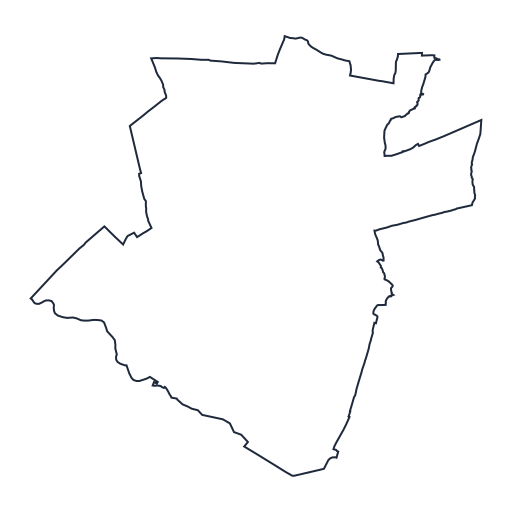 Buhusi, Neamt, Romania
{"feature_id": "2599482B92541433330507", "entity_name": "Buhusi", "entity_type": "district", "adm_level": 2, "iso_a3": "ROU", "parent_name": "Romania", "parent_adm1": "Neamt", "projection": "natural_earth1", "projection_center": [26.718, 46.731], "detail": "fine", "context": "isolated", "style": "outline", "palette": "slate", "viewbox_px": 512, "rotation_deg": 0, "n_neighbors": 0, "source": "geoboundaries", "source_scale": "gbopen_adm2", "svg_char_len": 5965}
<svg xmlns="http://www.w3.org/2000/svg" viewBox="0 0 512 512"><path d="M336.5,457.7L338.2,451.6L337.0,451.0L336.0,449.9L333.5,449.2L334.3,446.5L336.3,442.5L343.3,430.1L346.1,424.5L349.5,417.0L348.5,416.5L349.0,415.3L350.3,411.3L349.9,411.1L351.4,406.3L353.8,397.9L354.4,396.4L355.1,395.6L356.0,391.8L356.4,389.4L359.1,380.2L361.4,372.7L362.3,369.2L364.4,363.2L365.1,360.4L365.8,358.6L368.0,351.2L368.9,347.9L369.4,345.0L369.6,344.0L370.8,340.5L371.0,339.2L372.9,332.8L372.6,331.0L372.9,329.0L374.4,322.8L375.9,323.3L377.5,317.0L377.4,316.4L377.0,315.9L375.1,314.7L374.2,314.4L373.6,314.0L373.3,313.2L373.4,312.0L373.7,310.8L374.2,309.6L375.3,307.9L377.1,305.5L377.8,305.1L378.9,305.0L379.6,305.1L385.7,304.9L385.7,303.1L385.9,302.4L385.7,301.5L386.1,300.2L387.5,297.9L388.5,297.1L388.6,296.6L388.8,296.5L389.0,296.7L389.6,296.2L390.5,295.9L390.6,296.4L391.1,296.4L392.1,295.3L393.3,294.9L391.8,293.9L391.6,293.4L391.8,292.4L391.4,291.9L391.0,289.5L391.0,288.4L391.3,287.8L392.6,286.4L392.7,285.6L392.2,284.7L388.6,281.3L387.1,280.4L386.0,280.0L385.5,279.6L384.6,279.4L384.4,278.8L384.9,277.3L384.9,276.1L384.5,274.8L384.4,273.9L384.1,273.2L383.7,272.9L383.1,272.1L382.6,270.1L381.6,267.9L380.8,267.5L380.8,266.7L380.9,265.9L378.4,262.2L377.2,261.4L378.5,260.3L379.9,259.7L380.7,259.6L381.6,259.9L382.9,260.7L383.6,260.5L383.5,257.3L382.9,255.5L382.5,253.1L381.9,252.2L380.5,250.6L380.0,249.5L378.9,246.0L378.2,244.8L377.7,240.3L376.7,237.7L375.3,234.6L374.8,232.4L374.5,230.6L375.2,230.7L376.1,230.6L379.1,229.4L386.5,227.6L392.1,225.7L397.3,224.8L403.3,223.0L406.0,222.6L409.2,221.5L414.9,220.1L423.6,217.6L432.2,215.2L435.0,214.7L438.4,213.7L442.0,212.9L444.4,212.0L446.9,211.6L451.2,210.6L453.3,209.8L455.6,209.3L456.6,208.6L471.9,205.2L472.3,203.4L472.7,202.2L473.6,200.9L475.0,198.5L474.9,197.7L474.9,196.6L475.2,195.6L474.3,192.3L474.3,191.1L474.1,188.6L474.1,187.4L474.0,186.8L472.9,185.0L472.6,184.2L472.4,181.1L472.7,179.7L472.8,179.3L472.2,178.3L471.8,177.8L471.8,177.2L471.7,176.5L471.1,175.0L471.2,173.6L471.4,172.6L471.8,171.3L471.7,170.9L471.2,170.0L471.2,169.8L471.4,169.4L471.4,168.9L471.1,167.8L471.4,166.2L471.7,165.4L472.1,164.5L471.7,163.3L472.0,161.5L472.5,160.0L472.8,157.3L474.4,153.0L475.3,150.1L476.9,143.8L478.9,138.4L480.3,134.1L480.6,130.7L481.3,120.0L443.6,136.3L436.2,139.3L428.9,141.9L425.5,143.4L419.1,146.0L418.0,143.9L416.0,145.0L413.9,146.9L412.8,147.8L410.3,149.2L403.9,151.5L403.5,151.1L402.5,151.4L402.3,152.2L395.3,154.6L391.4,155.8L386.7,155.8L384.6,156.0L384.4,153.5L384.2,152.1L384.8,150.4L385.4,149.3L385.6,148.4L385.5,145.3L384.8,142.8L384.1,137.7L384.4,131.6L384.5,130.7L385.6,128.1L386.6,126.2L386.9,125.2L388.6,123.5L389.2,122.6L389.8,121.2L390.7,120.1L390.7,119.4L391.0,118.9L393.6,118.1L395.5,117.0L399.5,116.3L400.2,116.4L401.1,117.2L401.7,117.2L402.8,116.7L404.0,116.4L405.2,115.8L405.8,115.0L407.0,114.1L407.6,113.4L408.4,113.4L408.8,113.1L408.9,112.6L409.1,111.7L410.1,110.4L410.4,110.2L412.6,109.3L413.1,108.9L414.8,108.5L414.9,108.2L414.5,107.5L414.8,107.1L416.2,106.4L416.4,106.1L416.5,105.5L417.2,105.3L417.4,105.0L417.6,103.1L417.1,102.4L417.1,102.0L418.2,101.0L418.7,100.5L418.5,99.0L418.8,97.9L419.5,97.7L420.0,97.3L420.2,96.8L420.2,95.0L423.1,94.4L423.2,94.1L423.0,93.9L421.0,93.9L420.8,93.6L421.2,92.6L421.3,90.3L422.2,86.9L423.2,84.4L425.4,77.0L425.6,74.4L427.3,73.4L428.6,72.3L429.2,71.0L429.8,69.2L430.3,67.2L431.0,66.0L432.5,63.1L433.7,61.3L434.6,60.2L435.2,59.8L438.5,60.0L439.5,59.7L439.4,59.4L437.4,59.1L436.6,58.4L434.7,58.0L434.3,57.7L434.4,55.4L431.8,55.2L421.9,55.6L422.0,52.9L398.0,54.0L397.9,56.2L396.9,59.8L396.2,61.0L395.9,62.5L395.8,68.3L395.8,70.2L395.3,73.2L394.9,73.9L394.3,75.0L393.7,78.1L393.5,83.3L382.1,81.2L379.4,80.9L350.0,75.5L350.7,72.7L351.0,69.9L350.8,67.2L350.5,64.7L350.0,63.7L349.7,62.1L349.4,61.3L349.0,61.1L344.8,60.4L342.7,59.7L337.3,58.3L332.2,56.0L330.7,55.5L325.8,54.6L323.0,53.7L321.1,52.7L316.4,49.7L313.2,48.0L311.1,46.6L308.8,44.3L308.1,42.9L308.1,41.7L307.5,40.8L306.8,40.2L305.1,39.6L302.3,37.9L301.1,37.6L300.1,37.6L295.7,38.6L292.1,38.1L290.0,38.0L287.9,37.2L284.7,36.2L284.2,39.3L280.0,49.1L277.8,54.7L275.1,63.3L267.5,63.2L261.1,63.6L259.6,62.9L253.8,63.7L234.2,62.9L221.4,61.4L210.3,60.6L208.7,59.8L201.3,59.8L191.5,59.0L177.8,58.5L160.8,58.3L156.4,58.0L151.2,58.4L155.0,67.6L156.2,71.7L157.9,75.3L159.9,78.0L161.4,80.6L162.4,82.9L163.1,84.8L163.2,87.1L164.5,89.8L164.6,91.8L166.1,95.5L166.2,97.8L165.5,98.4L163.6,99.5L160.8,101.5L154.4,106.6L147.6,111.8L143.8,115.0L129.8,126.0L139.8,168.3L141.1,173.1L139.1,173.8L139.2,176.0L140.9,181.3L141.2,186.1L142.3,191.8L144.3,199.0L145.8,200.9L145.9,202.1L145.8,205.3L146.2,208.8L146.1,211.6L146.5,213.9L147.0,216.1L148.1,219.5L148.2,220.8L151.5,228.0L146.7,231.2L143.0,233.3L137.1,237.1L134.1,232.7L127.6,236.0L126.0,238.6L123.1,244.5L114.5,236.4L104.4,226.4L95.9,233.7L85.5,242.7L84.0,244.8L79.5,248.4L63.4,264.2L56.9,270.3L30.7,298.5L32.0,299.4L33.3,301.4L34.5,303.0L36.0,303.7L38.8,303.9L41.3,302.8L43.9,301.3L46.1,300.4L48.9,300.4L51.5,301.0L53.4,303.5L54.0,304.9L53.7,308.0L54.1,311.1L55.0,313.3L57.9,315.6L62.9,317.2L67.1,317.9L72.9,317.5L76.5,318.3L80.8,320.2L83.9,320.6L88.2,320.6L93.5,319.9L97.5,320.0L101.5,320.5L104.1,322.5L106.1,327.8L107.1,331.2L112.6,337.2L114.8,340.2L115.4,344.9L115.3,348.5L116.8,354.4L116.0,357.0L116.2,359.7L117.5,361.9L120.2,363.7L124.8,365.3L126.5,365.3L129.3,373.5L131.6,378.0L133.5,380.0L136.5,381.0L139.3,381.0L146.5,378.7L149.9,376.9L157.8,382.0L156.8,383.5L154.0,382.1L152.7,385.5L154.4,385.8L157.4,385.5L160.7,386.0L162.0,387.2L164.0,387.9L164.8,386.9L165.5,387.4L166.6,388.9L168.1,391.4L169.5,394.2L170.9,396.3L171.4,397.6L176.8,398.6L177.3,399.6L182.6,404.4L187.7,406.5L191.7,408.7L197.8,410.2L202.2,414.9L222.8,419.3L229.9,423.4L234.0,432.1L241.2,434.7L247.9,442.0L244.2,446.5L261.0,456.7L285.9,472.1L292.2,475.7L294.0,475.8L319.4,469.9L323.9,468.8L328.3,460.2L330.2,458.3L332.4,457.4L335.4,457.3L336.5,457.7Z" fill="none" stroke="#1e293b" stroke-width="2"/></svg>